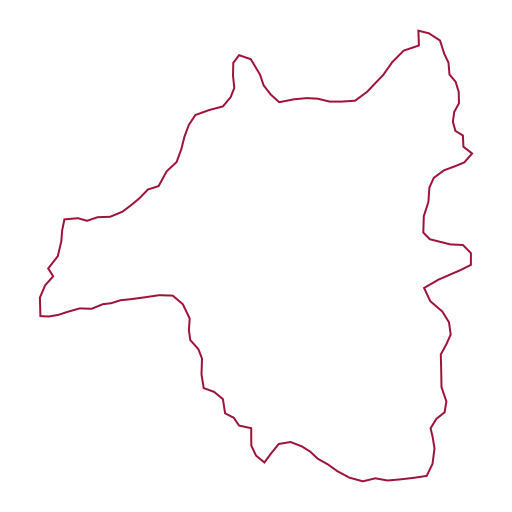 the district of Arroio do Padre, Rio Grande do Sul, Brazil
{"feature_id": "56859067B75145798088973", "entity_name": "Arroio do Padre", "entity_type": "district", "adm_level": 2, "iso_a3": "BRA", "parent_name": "Brazil", "parent_adm1": "Rio Grande do Sul", "projection": "mercator", "projection_center": [-52.399, -31.438], "detail": "fine", "context": "isolated", "style": "outline", "palette": "rose", "viewbox_px": 512, "rotation_deg": 0, "n_neighbors": 0, "source": "geoboundaries", "source_scale": "gbopen_adm2", "svg_char_len": 1776}
<svg xmlns="http://www.w3.org/2000/svg" viewBox="0 0 512 512"><path d="M264.4,462.5L270.4,454.3L278.7,444.0L290.4,442.0L301.5,446.2L310.2,451.6L317.7,458.7L328.0,464.5L337.2,471.1L349.5,477.7L362.9,481.3L375.3,478.3L387.6,480.5L399.1,479.5L413.3,477.9L426.7,475.9L432.5,463.9L434.5,448.6L432.8,437.8L430.6,428.2L436.4,418.8L444.6,412.3L446.4,401.5L441.5,387.1L441.2,370.2L440.8,354.4L446.4,344.2L450.7,334.5L449.0,322.3L442.3,311.5L430.3,301.2L424.1,288.0L438.1,279.8L451.2,274.1L460.9,269.9L470.9,264.9L470.9,253.1L462.9,245.0L450.3,244.4L438.4,241.4L429.8,239.2L423.3,232.6L423.8,216.2L428.4,201.9L429.4,187.5L433.8,177.8L444.2,170.2L455.6,166.0L464.3,162.4L472.1,153.5L463.4,146.7L462.9,135.5L455.4,130.9L452.9,121.8L454.2,112.0L459.0,103.2L458.7,91.9L455.6,81.7L449.5,74.6L448.5,62.8L444.2,53.6L440.0,40.5L428.9,33.3L418.4,30.7L418.9,45.5L403.7,50.6L392.2,62.2L383.1,75.1L375.2,83.3L367.0,91.9L355.1,100.7L341.6,101.6L329.7,101.6L317.7,98.7L306.8,98.1L294.0,99.3L279.2,102.2L270.9,94.7L263.6,85.3L260.0,74.6L250.8,59.2L239.1,55.2L233.3,62.8L233.0,75.7L234.3,87.9L230.7,97.1L222.9,106.4L209.3,110.0L195.4,115.0L188.9,124.8L184.5,136.5L181.4,148.9L176.6,162.0L166.6,171.4L158.6,186.1L147.9,189.5L139.4,198.3L130.7,205.5L122.4,211.7L110.1,216.8L97.6,217.2L87.0,220.8L78.0,218.2L64.4,219.4L62.2,230.2L61.3,241.4L57.8,256.1L48.2,268.5L53.2,276.3L45.2,285.2L39.9,297.6L40.4,316.1L48.7,316.5L58.3,314.9L67.4,311.9L79.7,308.4L91.6,308.8L102.8,304.2L111.2,303.2L120.7,300.2L130.7,299.2L145.5,297.2L159.1,295.2L172.7,295.6L182.8,304.2L189.7,318.5L188.9,330.3L190.3,340.1L198.4,349.2L202.0,358.6L201.5,374.4L203.7,388.1L214.1,391.9L222.9,399.1L225.1,413.3L233.8,417.8L239.1,425.6L251.2,428.2L251.3,445.6L256.1,455.7L264.4,462.5Z" fill="none" stroke="#9f1239" stroke-width="2"/></svg>